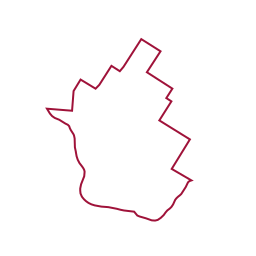 Lawrence, Ohio, United States of America (Natural Earth projection), rotated 28°
{"feature_id": "52423323B32939129903827", "entity_name": "Lawrence", "entity_type": "district", "adm_level": 2, "iso_a3": "USA", "parent_name": "United States of America", "parent_adm1": "Ohio", "projection": "natural_earth1", "projection_center": [-82.537, 38.626], "detail": "fine", "context": "isolated", "style": "outline", "palette": "rose", "viewbox_px": 256, "rotation_deg": 28, "n_neighbors": 0, "source": "geoboundaries", "source_scale": "gbopen_adm2", "svg_char_len": 1182}
<svg xmlns="http://www.w3.org/2000/svg" viewBox="0 0 256 256"><g transform="rotate(28 128 128)"><path d="M98.0,43.3L95.3,76.1L94.1,81.7L84.2,80.9L82.4,103.4L80.9,108.5L63.4,107.5L62.6,120.9L70.5,139.0L65.0,141.4L47.4,149.0L52.3,151.9L55.4,153.1L58.6,153.5L63.4,153.0L70.7,153.5L73.3,153.4L75.2,154.0L76.8,155.5L78.5,156.7L82.8,159.1L83.8,159.9L85.8,162.3L90.2,170.0L93.3,173.7L93.3,173.8L95.9,177.1L98.5,179.6L101.7,181.8L104.2,182.9L105.9,183.7L107.6,184.6L109.0,185.6L110.1,186.8L110.7,188.1L112.0,191.2L113.0,199.7L114.2,203.8L115.2,205.7L116.8,208.1L119.3,210.1L120.2,210.6L122.6,211.6L125.2,212.3L127.4,212.6L128.5,212.7L131.5,212.6L134.7,212.0L134.8,212.0L141.4,209.9L147.8,207.1L156.0,204.6L159.8,203.7L163.2,202.7L163.7,202.5L172.7,199.0L177.3,200.9L179.7,200.7L186.3,199.3L192.3,198.4L195.4,197.0L197.4,195.2L199.1,192.0L200.4,188.1L200.8,185.0L201.4,182.3L202.7,179.5L203.4,177.3L203.7,174.3L203.4,169.2L203.8,167.1L204.6,164.8L205.3,163.3L206.0,161.3L206.7,153.0L206.5,148.3L206.6,147.3L207.3,145.9L208.6,144.5L185.8,143.6L188.0,109.0L152.1,106.6L153.8,84.1L147.8,83.6L148.7,72.4L118.5,69.9L120.7,45.0L98.0,43.3Z" fill="none" stroke="#9f1239" stroke-width="2"/></g></svg>